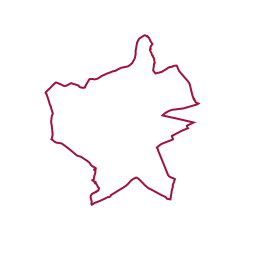 Dijk en Waard, Noord-Holland, Netherlands, rotated 229°
{"feature_id": "6326949B1679798000878", "entity_name": "Dijk en Waard", "entity_type": "district", "adm_level": 2, "iso_a3": "NLD", "parent_name": "Netherlands", "parent_adm1": "Noord-Holland", "projection": "mercator", "projection_center": [4.81, 52.682], "detail": "fine", "context": "isolated", "style": "outline", "palette": "rose", "viewbox_px": 256, "rotation_deg": 229, "n_neighbors": 0, "source": "geoboundaries", "source_scale": "gbopen_adm2", "svg_char_len": 5467}
<svg xmlns="http://www.w3.org/2000/svg" viewBox="0 0 256 256"><g transform="rotate(229 128 128)"><path d="M184.4,202.9L184.3,202.5L186.5,201.9L186.7,201.7L186.8,201.6L187.0,201.3L187.1,201.2L187.3,200.5L188.1,195.1L188.1,194.9L187.5,193.4L187.4,193.1L187.3,192.7L187.2,192.6L186.6,191.2L186.3,190.6L185.8,190.0L182.7,186.2L182.3,185.8L181.3,184.4L180.7,183.9L180.3,183.5L179.9,183.2L179.0,182.5L176.4,179.3L175.7,177.8L174.2,173.7L174.2,172.7L174.4,169.3L174.6,168.3L175.5,166.6L177.8,162.6L178.0,162.1L179.2,157.4L179.2,156.9L179.4,156.1L179.5,155.8L180.7,153.8L181.0,152.9L182.0,149.9L182.7,148.3L183.1,147.1L183.3,146.3L183.7,144.7L184.0,144.1L184.4,142.7L184.6,141.5L184.7,140.3L184.8,139.5L184.9,138.9L185.2,137.5L185.4,136.9L186.3,135.2L186.6,134.8L186.9,134.4L187.7,133.8L188.2,133.4L189.9,131.3L190.1,131.1L190.1,130.6L188.9,127.2L187.9,124.1L187.7,123.9L187.2,122.3L187.2,122.2L186.9,122.1L186.9,121.9L187.1,121.3L187.2,121.2L187.9,120.5L188.5,119.8L189.8,118.9L190.1,118.6L190.7,118.4L192.4,118.5L192.6,118.5L195.3,116.9L196.5,116.0L196.8,115.8L199.0,114.7L199.3,113.7L199.8,111.8L200.4,109.2L200.5,109.0L200.7,108.7L201.6,107.3L201.8,107.2L203.2,106.7L205.6,105.6L206.8,105.0L207.9,104.5L209.2,103.8L209.6,103.5L209.7,103.1L209.7,101.6L209.6,101.0L209.7,100.3L209.7,99.8L209.4,97.5L209.4,96.7L209.2,94.6L209.2,93.7L209.1,91.8L209.0,91.2L209.0,90.3L208.9,89.3L208.9,89.2L208.7,89.0L208.3,88.9L207.2,88.8L207.0,88.6L206.7,88.5L206.2,88.4L203.5,87.3L201.1,86.3L200.3,86.0L199.1,85.4L196.5,84.2L196.2,84.2L195.5,84.1L195.0,83.9L194.5,83.7L193.2,82.9L189.0,81.1L188.7,80.9L188.2,80.6L188.0,80.4L187.3,78.9L187.1,78.5L186.3,77.5L184.6,75.7L183.1,74.0L182.9,73.9L181.7,73.1L180.6,72.5L177.7,70.5L176.8,69.9L175.8,69.2L172.7,67.0L172.2,66.5L171.6,65.6L171.2,65.1L170.2,64.0L169.9,63.5L169.8,62.9L165.9,63.6L165.2,63.8L164.4,64.1L163.7,64.5L163.4,64.8L162.4,65.7L162.1,65.9L160.5,67.3L159.8,67.8L158.2,68.2L155.7,68.8L153.7,69.2L149.1,70.1L141.8,71.2L141.4,71.3L140.5,71.5L139.9,71.9L138.8,72.5L138.0,73.1L137.2,73.6L136.0,74.0L133.2,74.7L130.2,75.6L129.0,75.8L128.3,75.9L127.9,76.0L127.2,76.1L126.8,76.1L126.5,76.1L124.8,75.8L124.4,75.8L123.7,75.8L123.0,75.9L122.8,75.9L121.1,76.6L120.2,76.9L119.1,77.3L118.6,77.1L118.4,76.9L118.1,76.7L118.0,76.4L119.1,75.9L118.6,75.0L117.3,75.4L117.2,75.3L116.3,74.6L115.9,74.2L115.1,73.2L114.8,72.6L114.6,72.3L114.3,71.9L114.1,71.4L113.8,71.0L112.5,69.4L111.9,68.7L111.7,68.3L111.7,67.7L112.0,66.8L111.8,66.8L110.4,67.3L110.2,67.3L110.0,67.5L108.6,67.0L108.6,67.7L108.6,68.0L108.4,68.1L108.2,68.0L107.4,67.5L107.2,67.3L105.4,67.2L104.9,67.1L104.2,66.9L103.0,66.5L102.9,66.5L101.7,66.7L101.4,66.5L100.9,65.6L100.3,64.3L100.4,64.1L100.7,63.6L100.7,63.4L100.8,62.4L100.7,62.2L100.6,61.9L100.6,61.7L100.8,61.5L100.9,61.4L101.0,61.4L101.0,60.9L101.5,59.2L101.7,58.5L101.7,58.1L101.8,57.8L101.8,57.3L101.5,56.2L101.4,55.6L101.0,55.1L100.2,54.4L99.6,54.0L98.7,53.5L96.7,52.6L96.2,52.2L95.2,51.1L94.8,50.7L94.0,50.3L93.4,51.9L93.5,52.2L93.5,52.8L93.5,53.1L93.4,53.6L93.1,54.4L93.0,54.7L92.7,55.3L91.5,58.6L90.6,61.7L90.3,62.7L89.9,64.0L89.2,67.0L89.1,67.3L89.0,67.5L88.5,68.0L88.3,68.4L88.2,68.6L88.1,68.9L88.0,69.6L88.0,69.9L88.1,70.2L88.4,70.9L88.5,71.1L88.5,71.5L87.4,78.0L86.2,85.1L86.0,86.5L85.8,88.2L85.7,89.2L85.7,89.7L85.8,91.6L86.1,93.7L86.3,95.0L86.3,95.8L86.3,96.5L86.3,97.4L86.2,98.1L86.0,99.0L85.4,100.9L85.3,101.3L85.3,101.6L84.6,102.0L83.9,102.3L83.0,102.6L82.6,102.6L77.7,103.0L76.0,103.1L73.4,103.2L70.4,103.7L69.3,103.9L68.6,104.2L66.7,105.0L65.7,105.4L54.2,109.7L53.1,110.3L51.5,111.0L51.3,110.9L50.6,111.1L50.3,111.1L49.5,111.0L49.1,111.1L48.9,111.1L48.7,111.2L48.4,111.5L46.3,113.2L50.4,118.1L51.4,119.2L52.3,120.2L52.5,120.5L53.8,122.8L54.4,123.4L54.8,123.7L55.4,124.3L55.9,124.9L56.1,125.4L56.3,125.7L56.9,127.0L57.8,128.4L58.6,129.9L59.9,129.4L63.0,127.8L63.6,127.6L64.3,127.4L64.9,127.3L65.3,127.3L66.3,127.4L67.1,127.7L68.6,128.2L69.5,128.5L72.7,129.6L78.4,131.6L90.8,135.8L91.1,135.9L91.7,136.3L93.1,136.8L94.2,136.8L94.3,138.0L94.3,139.6L94.2,141.4L93.9,143.1L93.8,143.5L93.5,144.3L89.9,154.3L90.1,154.6L90.6,154.9L92.6,155.6L92.9,155.7L93.1,155.7L93.3,155.9L93.2,156.3L93.1,156.6L92.9,157.2L91.3,163.9L90.9,165.9L90.5,167.0L90.5,167.3L90.0,168.7L89.7,169.5L88.5,173.1L88.9,173.2L90.1,173.5L91.1,174.0L89.1,181.1L90.1,180.4L90.0,180.5L90.3,180.3L99.8,173.4L105.8,169.0L106.7,168.3L114.8,162.3L114.9,163.8L114.9,164.3L114.8,165.7L114.8,166.4L114.6,167.4L114.2,169.4L114.0,170.2L113.3,172.0L113.0,172.9L112.8,173.2L106.4,182.7L100.9,194.7L100.5,195.5L100.3,196.5L100.2,197.2L102.6,196.1L103.1,196.0L103.4,196.0L103.9,196.1L106.3,197.0L106.4,196.5L109.9,197.8L114.4,200.1L120.3,203.2L121.7,203.7L122.6,203.8L125.4,203.9L132.2,203.9L136.9,203.9L137.3,203.9L138.0,204.1L143.1,205.7L143.9,204.8L144.7,203.5L145.2,202.4L145.2,201.9L145.4,201.1L146.3,199.9L146.5,199.5L146.6,199.4L146.5,199.2L147.1,198.2L147.2,197.7L147.2,197.2L147.2,196.8L147.2,196.3L147.2,195.6L147.3,195.5L147.3,195.3L147.5,194.6L147.8,192.7L148.1,191.1L148.2,190.2L148.3,190.1L151.1,184.5L154.5,184.7L155.1,184.9L159.2,189.8L159.6,190.4L159.5,190.8L159.6,191.0L160.3,191.3L160.9,191.6L163.7,193.4L165.7,193.6L165.8,193.7L165.9,193.8L166.0,194.0L166.4,194.0L166.8,194.0L167.6,194.1L168.7,194.7L171.9,195.5L172.0,195.5L173.1,196.6L172.8,197.0L173.6,197.5L174.1,197.8L174.2,198.0L174.4,198.2L174.6,198.8L175.2,200.7L175.3,201.5L177.5,201.8L178.5,201.9L180.4,202.5L182.9,203.0L184.4,202.9Z" fill="none" stroke="#9f1239" stroke-width="2"/></g></svg>